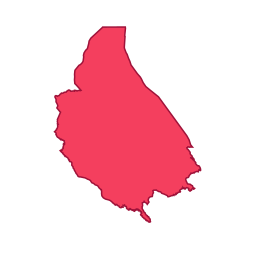 Santa Rosa, Bolívar, Colombia (Equal Earth projection), rotated 135°
{"feature_id": "7082276B66298058490333", "entity_name": "Santa Rosa", "entity_type": "district", "adm_level": 2, "iso_a3": "COL", "parent_name": "Colombia", "parent_adm1": "Bolívar", "projection": "equal_earth", "projection_center": [-75.336, 10.472], "detail": "fine", "context": "isolated", "style": "filled", "palette": "rose", "viewbox_px": 256, "rotation_deg": 135, "n_neighbors": 0, "source": "geoboundaries", "source_scale": "gbopen_adm2", "svg_char_len": 5758}
<svg xmlns="http://www.w3.org/2000/svg" viewBox="0 0 256 256"><g transform="rotate(135 128 128)"><path d="M123.6,38.2L124.0,39.4L124.1,40.0L123.9,40.5L123.5,40.9L123.3,41.6L123.7,43.0L123.7,44.0L125.4,46.4L124.3,49.5L123.6,50.8L122.8,51.3L121.9,51.4L120.5,50.5L119.4,50.5L118.7,51.0L116.2,51.3L115.7,51.1L115.4,51.5L114.1,50.2L113.2,50.1L113.1,49.6L112.8,49.3L111.8,49.5L110.0,48.6L109.2,47.3L108.6,47.8L107.9,47.9L107.5,48.2L106.8,46.7L106.3,46.9L106.2,47.2L106.4,47.6L106.3,48.0L105.6,47.9L105.0,49.1L104.6,50.7L104.7,51.3L105.3,51.9L105.5,52.3L105.4,54.5L105.1,55.5L104.5,55.7L104.4,58.1L104.2,58.5L104.5,59.6L104.4,61.6L105.0,63.3L104.3,61.7L104.3,59.6L104.0,58.6L103.8,58.6L103.5,59.5L103.2,59.8L103.3,60.5L102.9,62.5L102.5,62.9L102.5,65.1L102.2,66.0L101.7,66.3L101.2,67.1L100.7,70.4L100.9,70.9L100.9,71.3L100.4,72.4L99.7,72.2L99.2,72.4L98.9,72.0L98.6,72.0L98.0,70.8L97.2,70.3L95.9,68.9L95.6,71.8L93.2,76.4L91.9,80.9L84.4,128.5L85.6,139.4L86.1,144.7L85.2,149.4L84.0,152.7L83.3,155.2L83.0,159.8L81.3,170.4L79.5,173.9L78.4,176.8L76.5,180.8L76.1,182.6L74.2,186.8L73.6,187.6L71.7,189.3L65.3,194.9L65.4,195.3L59.4,200.2L58.5,201.3L74.6,217.3L75.3,217.2L90.8,217.8L94.0,217.0L95.9,215.6L100.3,213.0L101.4,212.8L102.9,212.9L105.9,212.2L108.1,210.9L109.1,209.6L112.6,206.9L114.4,206.5L116.8,206.5L118.3,207.0L124.3,206.4L125.0,206.1L127.8,203.8L129.5,201.9L131.8,199.9L134.2,197.0L134.2,194.9L134.6,187.8L135.3,188.1L135.9,189.0L136.8,189.8L137.9,190.2L138.2,191.3L139.2,192.5L139.8,191.9L140.1,192.5L141.1,193.4L141.6,193.6L142.0,194.2L142.4,194.3L142.6,194.8L142.6,195.1L142.4,195.4L142.6,196.2L143.4,197.0L144.4,197.0L145.1,197.3L145.5,197.3L146.3,197.1L147.9,198.4L148.7,198.4L149.7,198.9L150.4,199.8L151.1,199.6L151.9,199.9L153.7,199.6L154.7,200.3L155.4,200.2L155.7,200.7L155.8,201.5L156.1,201.9L157.1,202.1L157.8,201.5L158.6,199.1L160.4,197.4L161.1,195.0L161.8,193.5L162.3,193.1L164.1,192.5L164.6,187.5L164.5,186.9L172.0,183.9L172.3,183.3L173.4,182.6L174.4,180.9L174.9,180.9L174.9,180.1L175.3,180.3L176.7,178.7L178.1,177.9L178.8,177.8L179.1,177.6L179.5,177.7L179.9,177.3L180.5,177.4L181.1,177.3L182.6,177.3L182.4,175.6L183.1,174.4L183.5,174.4L184.3,171.9L184.3,171.1L184.0,170.4L184.0,169.3L183.7,169.0L183.7,168.6L183.9,168.4L183.7,168.0L183.9,167.4L183.0,167.1L182.9,166.1L183.1,165.9L182.6,165.6L182.5,164.9L182.1,164.0L182.9,163.4L183.0,162.9L183.4,162.2L183.7,162.0L184.4,162.4L184.5,161.4L185.3,161.5L185.5,161.7L185.7,161.3L186.6,160.8L187.3,160.4L187.6,160.4L187.8,159.7L188.5,159.3L189.3,159.6L190.0,159.3L190.3,159.4L190.4,158.9L190.6,158.9L190.7,159.0L190.7,159.4L190.9,159.4L191.0,159.0L191.1,159.8L191.5,159.9L191.6,159.3L192.0,159.6L192.1,158.0L191.8,156.9L192.0,156.8L192.1,156.5L191.8,156.2L192.3,155.3L192.1,154.0L192.4,153.5L192.1,152.8L192.5,152.8L192.6,152.5L192.4,152.4L191.7,149.8L192.1,147.8L192.1,147.4L192.4,147.5L192.6,146.8L192.6,146.1L193.0,145.6L192.5,145.0L192.1,143.8L192.4,143.0L194.0,141.5L194.2,141.0L194.2,139.7L195.1,138.5L195.2,137.1L195.8,136.0L196.3,133.9L196.8,132.7L196.9,131.1L197.5,129.1L197.4,128.7L197.0,127.9L196.1,126.9L193.5,122.9L192.7,120.2L192.1,119.1L191.7,117.4L191.9,116.8L192.3,114.9L191.5,113.1L191.4,111.0L190.5,109.3L190.3,108.3L190.8,106.0L190.7,104.6L190.9,103.7L190.4,103.3L190.5,103.1L191.9,101.4L192.9,100.5L194.1,99.0L194.5,98.3L194.8,96.1L194.2,93.7L192.5,90.8L191.9,89.4L191.6,87.2L191.8,86.0L191.6,85.9L191.5,85.1L191.5,84.6L191.5,84.1L191.5,82.8L191.2,82.8L191.1,82.2L190.6,82.4L190.0,81.8L190.2,80.7L190.0,79.9L189.6,79.1L190.0,78.4L189.8,77.2L189.2,76.5L188.2,76.7L188.1,76.2L187.7,75.7L187.6,76.2L186.9,76.1L186.2,76.8L185.8,75.8L185.2,76.1L184.9,76.0L185.4,75.2L185.1,74.1L184.7,73.7L185.4,72.5L185.7,72.4L185.9,71.9L185.5,70.5L185.7,69.7L185.4,69.5L185.3,70.4L185.0,69.9L185.2,69.7L184.9,69.4L184.8,69.7L184.6,69.7L184.3,69.1L184.0,69.3L183.8,69.7L183.6,69.7L183.4,69.4L183.4,68.2L183.1,67.6L183.3,67.0L182.8,66.7L182.9,66.4L182.7,66.0L182.2,66.5L181.9,66.1L182.2,65.9L182.1,65.6L182.5,65.6L182.6,65.3L182.2,64.5L181.8,64.7L181.4,64.6L181.2,65.3L180.6,65.2L180.7,64.6L180.5,64.4L180.3,64.6L180.2,64.2L179.8,64.1L179.2,64.6L178.7,64.1L178.6,63.9L179.1,63.2L179.1,62.8L178.2,62.9L178.1,62.0L178.7,62.1L178.9,61.6L178.0,61.1L177.9,60.7L178.4,60.0L177.8,59.6L177.8,59.1L178.1,59.0L178.2,58.6L178.5,58.6L178.7,58.0L179.4,58.1L180.3,57.9L180.5,57.6L180.4,57.1L180.5,56.6L180.1,56.1L180.5,55.7L180.7,54.7L180.4,53.1L180.7,52.6L180.2,51.3L180.2,50.4L180.2,50.2L180.5,50.3L180.6,50.1L180.4,49.2L179.9,48.9L179.7,48.5L179.9,47.4L179.7,46.7L179.3,46.2L178.5,45.8L178.2,46.0L178.0,46.6L176.8,47.9L176.7,49.1L176.6,49.8L176.2,50.4L176.2,50.7L176.7,51.2L176.8,51.6L176.3,52.2L176.3,52.4L176.5,52.7L176.6,53.8L176.4,54.9L175.9,56.0L176.1,57.3L175.5,58.7L175.2,60.3L174.9,61.1L174.1,61.8L173.8,62.3L173.0,62.5L172.3,63.0L170.9,64.9L170.7,65.0L170.1,64.6L169.4,64.4L168.5,64.7L168.7,63.7L168.3,62.7L168.1,61.4L168.4,60.4L165.5,60.8L165.0,62.4L164.3,63.1L163.6,63.3L163.1,63.8L160.9,63.6L159.3,62.4L159.0,62.5L157.2,63.9L155.8,64.2L155.6,64.7L154.6,66.1L153.5,65.7L152.8,64.8L151.9,64.3L151.7,63.0L151.2,61.3L150.1,59.8L150.3,58.0L149.2,55.7L148.0,52.4L148.4,51.1L147.4,50.4L145.0,49.3L144.1,48.5L143.0,48.7L143.0,48.0L142.6,48.2L141.9,47.4L141.1,47.0L140.9,47.0L140.4,47.9L140.2,47.9L139.9,47.7L139.8,47.1L139.0,46.9L138.0,47.0L136.3,45.8L136.1,45.9L136.3,46.5L136.1,46.7L135.8,46.5L135.7,47.2L134.7,47.4L133.0,46.9L132.7,47.6L132.7,46.9L132.4,46.7L132.2,46.9L132.1,46.4L131.5,46.2L131.2,46.7L131.2,46.3L130.8,46.0L131.0,45.5L130.7,45.6L130.5,44.4L129.4,44.6L128.5,44.3L127.8,42.4L128.0,42.0L128.4,41.9L128.9,41.4L128.8,39.6L128.5,39.4L127.8,39.8L127.6,39.3L127.0,39.1L126.3,39.6L125.6,39.6L125.1,39.3L125.0,38.6L124.8,38.2L123.6,38.2Z" fill="#f43f5e" stroke="#9f1239" stroke-width="1.5"/></g></svg>